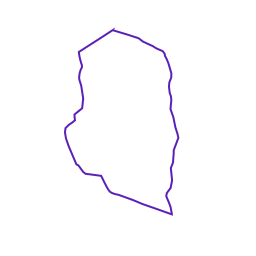 Sirba, Western Darfur, Sudan, rotated 248°
{"feature_id": "16777658B17269795285399", "entity_name": "Sirba", "entity_type": "district", "adm_level": 2, "iso_a3": "SDN", "parent_name": "Sudan", "parent_adm1": "Western Darfur", "projection": "mercator", "projection_center": [22.421, 13.82], "detail": "fine", "context": "isolated", "style": "outline", "palette": "violet", "viewbox_px": 256, "rotation_deg": 248, "n_neighbors": 0, "source": "geoboundaries", "source_scale": "gbopen_adm2", "svg_char_len": 1285}
<svg xmlns="http://www.w3.org/2000/svg" viewBox="0 0 256 256"><g transform="rotate(248 128 128)"><path d="M172.8,189.7L177.0,189.7L181.1,189.3L183.0,189.8L186.2,189.0L191.0,184.3L192.3,183.3L194.6,181.7L202.3,174.4L207.3,171.4L215.0,162.2L224.4,150.5L224.5,150.6L221.6,135.8L219.2,123.0L216.9,110.9L212.9,109.9L210.6,109.5L208.5,109.2L205.8,108.9L203.4,108.8L201.5,108.0L199.9,106.1L197.1,103.8L196.2,103.3L193.0,101.5L190.3,100.9L184.9,100.5L177.6,98.8L172.1,97.5L163.5,92.9L160.6,83.5L158.3,82.6L155.0,81.7L153.9,78.1L153.1,74.3L151.3,70.0L147.5,67.9L141.6,66.6L134.0,66.2L126.7,66.3L114.8,66.5L113.7,66.5L112.2,67.8L111.5,68.1L110.5,68.4L107.1,69.2L103.9,70.1L103.2,70.5L102.1,71.1L101.5,71.4L100.9,72.5L100.2,73.6L100.0,74.1L93.7,85.2L86.7,85.7L80.4,86.3L77.1,86.9L75.5,87.5L74.1,88.5L72.8,89.8L71.8,91.0L70.6,92.6L69.9,93.8L67.8,96.2L58.9,106.1L56.2,108.8L54.7,110.3L52.9,112.1L51.7,113.4L50.1,115.2L43.2,123.1L36.9,130.2L31.5,136.3L32.1,136.5L39.0,137.9L44.1,138.0L50.5,137.9L53.2,139.7L56.4,145.0L62.8,149.2L68.6,150.9L74.8,152.7L79.0,156.7L87.0,160.7L90.3,162.1L100.0,171.0L104.1,171.7L110.9,172.2L121.1,174.1L129.7,174.5L137.6,178.6L141.3,179.7L144.8,179.8L151.1,181.5L154.9,183.5L158.6,187.0L162.5,188.7L172.8,189.7Z" fill="none" stroke="#5b21b6" stroke-width="2"/></g></svg>